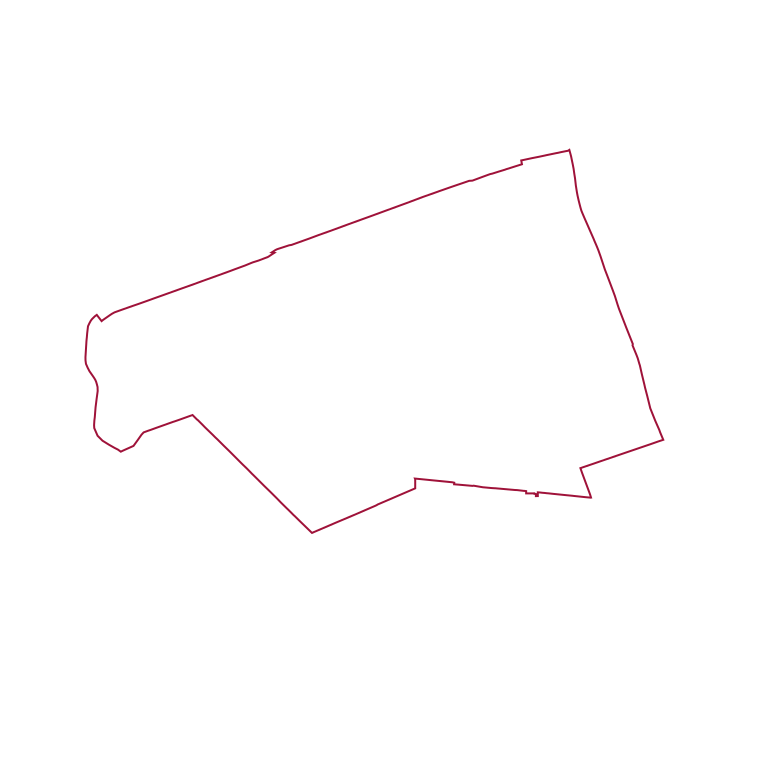 outline of Burwood, New South Wales, Australia, rotated 61°
{"feature_id": "25037944B28335850506337", "entity_name": "Burwood", "entity_type": "district", "adm_level": 2, "iso_a3": "AUS", "parent_name": "Australia", "parent_adm1": "New South Wales", "projection": "robinson", "projection_center": [151.103, -33.885], "detail": "fine", "context": "isolated", "style": "outline", "palette": "rose", "viewbox_px": 768, "rotation_deg": 61, "n_neighbors": 0, "source": "geoboundaries", "source_scale": "gbopen_adm2", "svg_char_len": 3453}
<svg xmlns="http://www.w3.org/2000/svg" viewBox="0 0 768 768"><g transform="rotate(61 384 384)"><path d="M253.9,180.4L252.5,187.3L251.9,189.3L251.5,191.7L250.7,196.8L249.0,208.0L248.6,208.9L247.6,211.0L246.5,217.2L245.4,223.3L244.1,230.6L242.8,238.2L242.0,242.8L242.0,243.0L241.2,247.8L239.2,259.6L236.7,276.6L236.0,281.0L235.3,285.5L233.3,298.2L232.8,301.4L230.6,315.5L229.3,323.5L227.0,337.9L223.9,357.8L222.0,369.2L220.6,378.6L217.5,397.5L216.7,399.7L215.0,408.5L214.6,410.5L214.3,412.2L214.2,414.0L214.5,418.3L216.1,416.4L216.2,418.1L216.4,420.8L216.6,423.1L216.6,424.1L215.2,433.9L214.0,439.8L213.7,442.1L213.0,448.1L212.7,450.0L211.3,459.0L210.5,464.4L208.7,475.7L205.9,492.8L204.6,501.2L202.3,515.1L199.8,530.4L199.3,533.5L197.5,544.3L197.2,546.3L196.0,553.6L194.9,560.2L193.9,565.8L192.1,576.4L191.1,582.5L190.7,585.0L190.7,588.0L190.9,590.4L191.8,599.1L192.1,600.5L184.3,601.7L184.6,604.1L185.6,607.7L186.4,609.6L188.1,612.3L190.0,614.9L196.0,619.2L199.0,621.2L202.0,623.3L215.8,632.1L218.6,633.6L221.9,634.9L226.2,635.3L230.2,635.4L231.9,635.2L234.8,634.9L237.9,634.6L240.3,634.5L242.5,634.7L245.2,635.3L247.8,636.0L249.9,637.1L251.3,637.8L257.6,642.5L264.6,647.6L272.9,653.1L275.5,655.0L279.4,657.5L282.1,658.8L290.4,659.6L297.1,657.7L303.9,653.9L309.3,650.6L312.4,648.5L315.6,647.0L315.7,644.9L316.7,633.1L313.7,626.7L310.8,620.7L309.8,617.7L310.5,613.1L311.0,610.4L311.9,604.7L314.9,586.6L315.1,585.7L316.0,580.6L318.3,566.5L324.3,564.8L325.4,564.3L332.4,562.3L335.0,561.6L345.5,558.4L348.7,557.5L351.8,556.5L360.5,554.0L367.8,551.8L372.0,550.6L383.6,547.3L386.0,546.6L391.5,544.9L399.2,542.8L399.4,542.7L403.5,541.5L415.3,538.1L422.9,535.8L431.5,533.3L437.8,531.6L445.6,529.3L447.5,528.7L454.9,526.6L456.0,526.2L463.1,524.1L479.3,519.2L481.6,496.7L481.9,493.6L484.0,474.0L486.3,450.7L486.4,449.1L486.3,448.1L488.4,427.3L490.4,407.3L484.1,403.8L482.4,402.9L481.7,402.8L503.0,372.0L504.4,370.4L505.7,371.3L508.1,367.7L516.0,356.0L516.4,354.9L518.8,351.9L522.0,347.9L522.6,347.1L523.1,346.3L527.2,340.3L528.6,338.1L529.6,336.5L530.0,336.0L530.3,335.5L540.5,320.4L540.7,320.0L541.4,318.9L545.2,313.6L545.7,312.8L546.6,311.6L548.6,312.7L552.5,305.6L552.9,305.8L553.9,304.5L555.7,305.5L556.6,303.8L553.3,302.0L554.7,299.9L555.8,298.4L556.8,296.9L556.9,296.7L558.5,294.5L559.0,293.7L562.1,289.3L563.0,288.0L567.3,281.8L569.6,278.5L569.8,278.2L573.1,273.4L573.9,272.3L580.9,262.3L583.2,258.9L583.4,258.7L583.7,258.0L580.4,257.3L558.1,253.9L552.8,253.0L555.3,239.2L556.5,232.3L559.9,213.2L565.4,182.5L565.7,180.9L567.2,172.1L568.2,166.8L560.0,165.9L557.7,165.5L547.8,164.6L536.8,163.2L534.4,162.9L522.2,159.6L513.6,157.4L510.9,156.6L500.7,153.8L491.8,151.2L491.3,151.1L490.2,150.9L484.5,149.6L481.0,149.1L470.7,147.9L469.7,147.0L460.2,145.8L451.6,144.7L449.5,144.4L432.0,142.0L427.7,141.2L419.0,139.4L413.2,138.5L402.9,137.0L397.4,136.2L390.9,135.3L377.2,132.7L371.1,131.7L368.0,131.3L365.3,131.0L361.1,130.6L358.7,130.3L350.0,129.5L343.7,128.9L337.1,128.3L331.1,127.7L327.9,127.3L324.8,126.6L321.7,125.8L317.9,124.8L312.8,123.3L309.8,122.3L303.2,119.9L302.5,119.6L296.7,117.2L292.3,115.6L287.6,113.8L283.0,112.3L280.7,111.6L275.6,110.0L273.6,109.5L269.1,108.4L269.2,110.1L268.6,111.8L266.8,117.5L266.2,119.6L265.5,121.7L263.1,129.4L262.5,131.3L262.2,132.4L260.7,137.3L260.2,138.9L258.2,145.1L255.0,155.6L258.7,156.8L257.4,163.1L256.4,168.1L256.0,170.2L255.4,172.9L255.2,174.3L253.9,180.4Z" fill="none" stroke="#9f1239" stroke-width="2"/></g></svg>